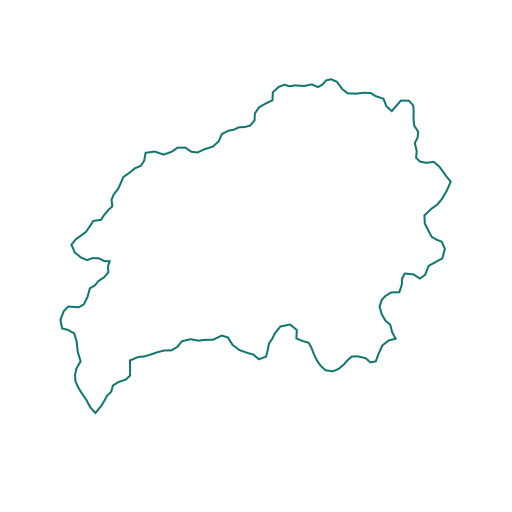 the district of Piedade dos Gerais, Minas Gerais, Brazil, rotated 13°
{"feature_id": "56859067B13510462648296", "entity_name": "Piedade dos Gerais", "entity_type": "district", "adm_level": 2, "iso_a3": "BRA", "parent_name": "Brazil", "parent_adm1": "Minas Gerais", "projection": "orthographic", "projection_center": [-44.249, -20.484], "detail": "fine", "context": "isolated", "style": "outline", "palette": "teal", "viewbox_px": 512, "rotation_deg": 13, "n_neighbors": 0, "source": "geoboundaries", "source_scale": "gbopen_adm2", "svg_char_len": 2539}
<svg xmlns="http://www.w3.org/2000/svg" viewBox="0 0 512 512"><g transform="rotate(13 256 256)"><path d="M429.0,139.8L423.6,135.6L419.2,131.7L414.7,127.8L408.0,124.3L401.0,126.9L394.6,127.2L389.9,124.2L389.0,117.7L385.4,110.3L386.8,104.2L386.2,98.7L380.7,93.2L378.4,86.1L377.1,79.5L375.3,73.9L370.0,70.3L362.2,72.0L358.2,79.5L355.7,84.3L349.3,80.7L344.8,74.1L336.5,73.3L331.1,71.4L324.7,72.6L316.6,75.4L308.8,76.9L302.7,74.1L295.6,68.0L289.5,66.9L284.8,69.1L282.3,73.9L278.4,77.5L271.9,76.2L264.7,79.5L255.6,81.0L250.4,83.1L245.3,82.7L240.1,86.1L235.6,92.7L237.0,100.6L230.6,105.7L225.5,110.5L222.8,117.4L224.1,124.2L221.0,130.2L216.0,132.9L210.5,134.4L206.0,137.9L201.0,140.1L195.3,144.8L193.9,152.5L189.5,159.0L181.7,163.6L175.7,168.3L169.6,169.0L162.7,166.3L155.2,168.1L150.2,173.5L143.1,178.0L133.8,177.0L125.2,180.3L125.6,188.1L123.6,194.0L118.5,197.6L114.0,203.3L109.0,208.9L106.7,221.2L103.5,228.1L102.6,233.7L104.8,239.9L101.8,244.4L99.0,249.8L96.8,255.7L89.6,258.4L87.3,264.7L85.0,270.6L80.3,276.1L76.6,280.3L73.6,286.5L78.7,293.4L85.9,296.9L92.3,298.0L97.1,294.9L103.3,293.6L109.6,295.1L114.6,294.0L114.1,299.5L115.8,305.0L113.0,310.7L108.2,315.7L105.7,320.7L101.4,324.9L101.0,333.9L99.1,341.9L94.8,345.8L89.5,346.7L84.3,347.5L81.1,353.0L79.8,362.3L83.4,370.2L89.3,370.3L96.3,372.3L100.4,379.5L103.8,389.3L108.8,398.1L106.3,406.1L106.4,412.6L108.3,418.8L113.0,424.8L117.8,429.6L122.8,434.1L128.7,440.9L134.9,445.1L139.0,436.7L140.7,431.4L142.3,425.7L145.5,420.7L145.7,414.4L150.1,409.9L156.9,405.7L160.2,400.9L158.6,393.8L156.7,386.1L163.8,381.0L169.9,378.9L175.4,375.8L181.8,371.8L187.9,368.7L194.8,367.0L199.8,362.2L202.9,355.8L210.8,351.8L219.1,351.4L224.7,349.3L233.1,347.2L240.4,341.3L246.8,341.6L253.1,347.8L261.1,351.4L269.9,352.4L275.6,352.6L282.0,356.0L288.4,351.8L288.6,345.2L288.4,338.3L290.4,333.0L291.8,327.0L295.6,319.2L304.6,315.1L312.4,318.9L313.9,327.3L320.8,328.4L326.7,328.6L330.5,332.7L334.7,338.9L339.0,344.2L343.7,348.5L349.5,351.7L356.8,351.1L361.8,347.5L365.8,342.3L368.8,336.8L371.9,332.4L377.5,330.9L385.8,330.9L391.4,333.9L396.4,331.7L397.3,324.4L399.2,314.8L404.3,308.5L410.7,305.2L405.7,299.5L402.3,292.8L396.8,290.0L391.5,284.3L387.8,277.6L388.3,270.7L391.1,265.8L395.9,261.1L403.8,259.1L404.5,250.7L403.4,245.4L404.9,239.6L413.5,238.5L420.8,241.1L425.0,236.3L426.4,226.8L431.7,222.1L438.1,216.4L438.4,206.5L433.7,200.3L427.9,199.4L422.7,197.7L418.1,192.3L413.1,186.3L411.0,178.6L416.3,170.5L420.9,165.4L424.4,158.5L427.3,149.1L429.0,139.8Z" fill="none" stroke="#0f766e" stroke-width="2"/></g></svg>